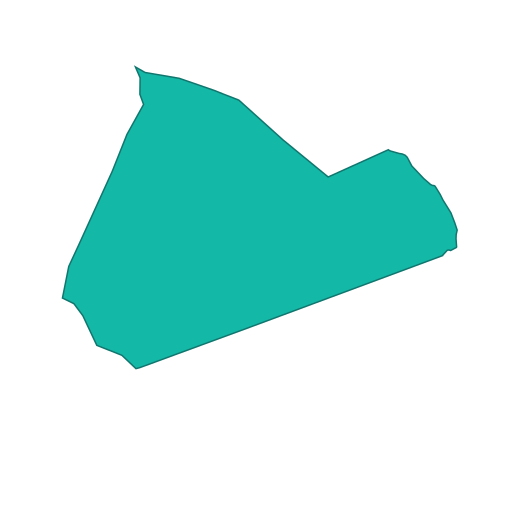 the district of Barnwell, South Carolina, United States of America, rotated 202°
{"feature_id": "52423323B69510084173682", "entity_name": "Barnwell", "entity_type": "district", "adm_level": 2, "iso_a3": "USA", "parent_name": "United States of America", "parent_adm1": "South Carolina", "projection": "robinson", "projection_center": [-81.514, 33.292], "detail": "fine", "context": "isolated", "style": "filled", "palette": "teal", "viewbox_px": 512, "rotation_deg": 202, "n_neighbors": 0, "source": "geoboundaries", "source_scale": "gbopen_adm2", "svg_char_len": 771}
<svg xmlns="http://www.w3.org/2000/svg" viewBox="0 0 512 512"><g transform="rotate(202 256 256)"><path d="M419.7,144.5L407.0,143.6L394.2,135.8L370.1,113.5L343.2,113.7L325.1,106.6L321.9,109.0L234.8,187.9L83.1,326.3L83.2,326.6L80.8,333.0L79.5,333.8L77.6,334.0L73.4,339.0L73.4,339.6L77.0,346.9L78.4,350.8L79.2,355.4L84.3,361.4L91.4,369.0L103.7,378.0L108.2,382.0L116.1,387.8L117.1,388.0L119.1,387.5L121.0,387.7L129.4,390.6L145.2,397.8L152.8,404.2L155.4,405.3L158.6,405.4L161.7,404.7L170.9,403.7L172.5,403.9L173.1,404.1L218.7,356.3L274.6,373.8L330.3,394.1L347.4,393.9L356.2,393.9L393.7,392.0L427.6,384.6L438.6,386.1L430.2,377.8L424.2,362.4L417.0,354.4L421.2,320.4L421.0,280.5L424.5,199.9L425.7,176.2L419.7,144.5Z" fill="#14b8a6" stroke="#0f766e" stroke-width="1.5"/></g></svg>